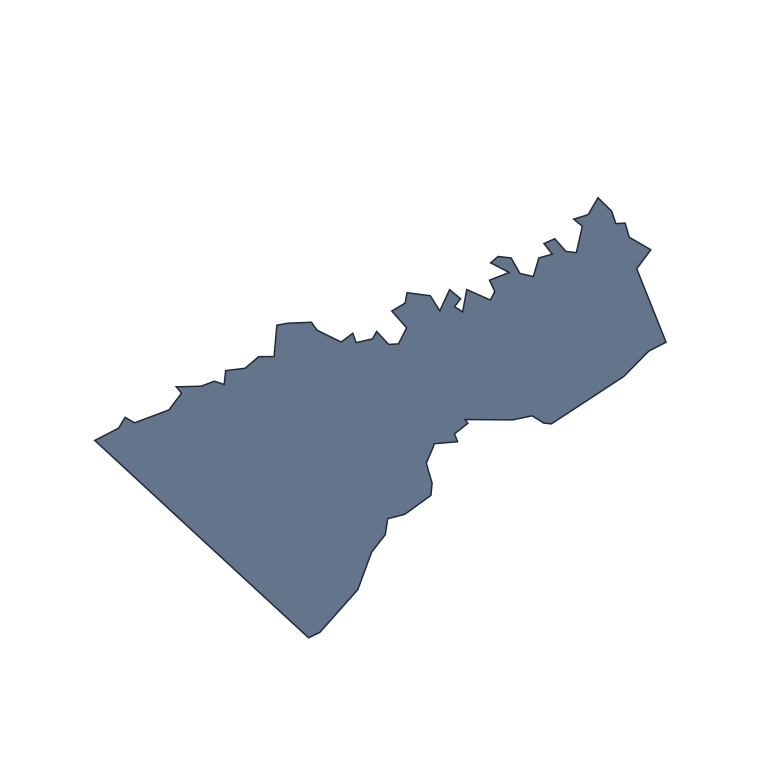 Hanover, Virginia, United States of America, rotated 296°
{"feature_id": "52423323B54139086125962", "entity_name": "Hanover", "entity_type": "district", "adm_level": 2, "iso_a3": "USA", "parent_name": "United States of America", "parent_adm1": "Virginia", "projection": "equal_earth", "projection_center": [-77.399, 37.773], "detail": "fine", "context": "isolated", "style": "filled", "palette": "slate", "viewbox_px": 768, "rotation_deg": 296, "n_neighbors": 0, "source": "geoboundaries", "source_scale": "gbopen_adm2", "svg_char_len": 1215}
<svg xmlns="http://www.w3.org/2000/svg" viewBox="0 0 768 768"><g transform="rotate(296 384 384)"><path d="M240.5,165.9L228.0,164.8L206.5,148.8L163.5,291.6L122.8,427.5L132.7,435.2L187.7,450.6L227.5,446.6L249.2,451.2L264.5,446.4L276.0,459.8L304.5,475.0L316.0,470.7L325.1,462.3L331.6,456.7L349.1,455.9L352.3,455.3L364.4,475.5L370.0,469.2L385.5,476.6L387.6,472.5L408.1,515.3L420.3,531.0L418.9,544.6L421.5,551.9L495.9,596.2L529.7,607.6L545.2,619.2L598.4,560.6L621.6,565.0L623.4,540.1L634.3,530.2L629.8,522.1L639.1,512.9L645.2,494.7L625.7,493.2L615.3,482.2L612.7,493.1L586.4,499.3L582.9,489.5L589.4,473.8L580.4,466.2L574.4,478.3L565.2,467.9L546.1,471.1L542.9,457.7L553.0,443.0L548.6,430.6L539.6,426.7L539.1,447.6L523.5,433.3L515.8,443.0L506.1,442.8L505.2,417.0L483.2,423.1L484.4,413.5L494.2,415.5L497.6,401.6L474.2,402.1L483.6,386.9L476.2,364.7L466.0,367.5L453.0,359.0L444.4,379.7L426.4,379.4L421.6,370.8L428.0,354.3L419.5,353.9L409.0,340.8L415.9,333.7L402.9,327.1L403.0,300.2L407.7,291.7L396.6,271.1L389.9,261.9L360.5,273.2L353.6,259.3L337.3,252.3L326.6,235.8L313.5,240.6L312.2,230.4L301.8,220.5L290.4,198.5L287.0,206.0L266.5,202.1L239.8,176.9L240.5,165.9Z" fill="#64748b" stroke="#1e293b" stroke-width="1.5"/></g></svg>